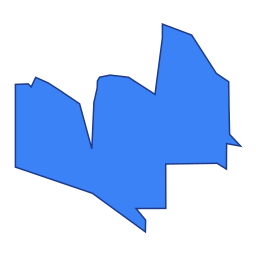 the district of Komo/Magarima District, Southern Highlands, Papua New Guinea
{"feature_id": "67681753B72976764448166", "entity_name": "Komo/Magarima District", "entity_type": "district", "adm_level": 2, "iso_a3": "PNG", "parent_name": "Papua New Guinea", "parent_adm1": "Southern Highlands", "projection": "robinson", "projection_center": [143.048, -6.045], "detail": "fine", "context": "isolated", "style": "filled", "palette": "blue", "viewbox_px": 256, "rotation_deg": 0, "n_neighbors": 0, "source": "geoboundaries", "source_scale": "gbopen_adm2", "svg_char_len": 575}
<svg xmlns="http://www.w3.org/2000/svg" viewBox="0 0 256 256"><path d="M162.4,24.1L162.4,33.7L162.4,38.0L155.0,94.4L128.4,77.2L127.2,77.3L126.6,77.0L110.0,75.1L99.6,77.2L97.4,81.0L97.2,87.9L93.9,102.5L93.8,104.9L93.8,105.3L91.8,148.8L79.6,103.8L58.2,89.4L47.9,82.8L35.7,77.4L31.2,86.9L28.2,83.9L15.4,84.4L15.4,167.1L92.4,193.3L145.4,231.9L145.6,220.1L136.0,208.5L165.8,208.4L165.8,199.4L165.7,164.0L217.1,163.3L226.4,169.1L226.6,143.6L240.6,146.1L229.6,134.4L229.0,107.1L228.7,81.8L216.3,73.4L191.7,35.1L162.4,24.1Z" fill="#3b82f6" stroke="#1e3a8a" stroke-width="1.5"/></svg>